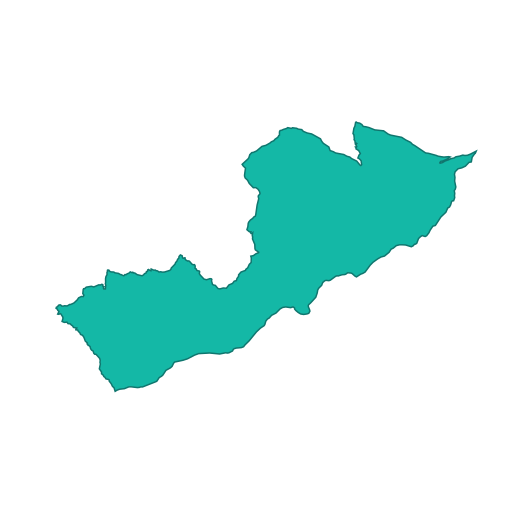 Betulia, Santander, Colombia, rotated 111°
{"feature_id": "7082276B21434370337268", "entity_name": "Betulia", "entity_type": "district", "adm_level": 2, "iso_a3": "COL", "parent_name": "Colombia", "parent_adm1": "Santander", "projection": "mercator", "projection_center": [-73.375, 7.001], "detail": "fine", "context": "isolated", "style": "filled", "palette": "teal", "viewbox_px": 512, "rotation_deg": 111, "n_neighbors": 0, "source": "geoboundaries", "source_scale": "gbopen_adm2", "svg_char_len": 6096}
<svg xmlns="http://www.w3.org/2000/svg" viewBox="0 0 512 512"><g transform="rotate(111 256 256)"><path d="M432.8,339.0L430.9,337.5L429.2,335.5L427.0,331.3L423.8,327.9L422.9,325.8L421.3,319.4L420.4,317.7L419.5,316.7L418.9,315.0L409.2,304.4L408.4,303.7L404.2,302.8L402.1,301.1L400.6,300.3L395.0,299.1L391.1,295.8L389.1,294.8L385.6,294.5L384.2,294.0L379.5,286.8L376.5,283.1L370.7,278.0L367.7,274.6L363.2,264.6L360.5,254.8L357.2,249.6L356.9,248.0L356.1,246.6L353.1,243.9L351.2,243.7L350.3,243.1L349.0,241.4L346.8,236.9L345.2,235.1L342.9,234.4L337.9,232.1L326.7,228.4L321.7,226.0L318.2,223.5L316.9,223.2L313.3,223.5L310.7,222.7L309.1,221.4L305.8,220.2L302.1,216.9L296.7,214.5L294.5,212.7L292.9,210.0L291.8,205.1L290.4,203.4L290.3,202.7L290.7,201.4L291.7,200.9L292.6,199.3L293.6,196.4L294.1,193.5L293.5,190.6L291.8,187.6L290.6,186.2L288.2,185.9L287.0,186.7L284.7,188.9L283.4,189.5L282.6,189.4L280.2,188.2L273.1,185.4L268.6,185.6L265.5,186.2L263.6,185.9L259.9,184.2L256.9,184.2L254.4,182.9L253.6,181.8L252.9,179.1L251.9,177.9L246.6,174.5L245.4,173.3L245.3,172.3L242.7,169.0L241.5,166.5L240.8,165.7L238.8,164.4L237.9,161.2L237.9,160.0L239.3,156.4L239.5,154.7L235.5,151.8L234.0,150.1L231.9,148.4L223.6,146.1L219.9,144.5L215.0,141.3L212.1,138.9L210.0,136.0L204.9,133.1L201.2,132.3L199.5,130.7L196.0,128.7L194.1,126.0L193.0,123.1L192.1,120.3L191.7,114.3L190.1,112.9L188.3,112.3L187.7,111.3L186.6,110.5L181.4,110.5L178.9,109.3L177.4,108.2L177.2,105.1L176.0,104.0L172.4,102.9L169.6,102.7L164.8,101.6L163.2,99.5L153.4,97.4L147.1,94.4L142.5,94.2L140.9,92.9L138.6,92.6L135.1,92.9L134.0,92.3L133.6,91.3L130.3,91.4L128.6,92.3L126.3,92.9L124.0,94.3L122.1,93.9L119.9,94.2L114.9,97.4L111.4,98.4L108.6,100.0L106.0,100.3L102.1,98.6L100.0,95.5L97.1,92.7L92.3,90.7L91.0,88.7L86.4,89.6L82.1,88.5L81.7,88.1L79.2,88.0L83.9,92.2L86.2,94.7L87.3,97.0L87.7,99.1L89.8,101.7L91.7,104.9L93.6,106.3L95.4,109.1L97.0,110.5L99.5,113.5L101.8,115.2L103.4,117.3L103.2,117.8L102.6,117.8L101.3,117.3L100.4,115.7L96.9,112.2L94.0,110.3L94.2,111.7L96.3,116.0L96.9,118.5L97.6,122.1L97.5,123.7L98.3,131.7L99.0,134.6L96.0,147.5L95.7,149.9L94.5,152.4L94.0,157.7L93.0,162.5L94.9,173.7L94.8,176.4L93.4,181.7L95.7,190.3L95.6,196.6L96.0,199.9L96.6,202.3L95.3,204.3L95.1,205.4L94.8,206.8L95.3,209.3L95.0,210.5L95.5,210.9L99.4,210.2L101.6,210.4L107.0,209.3L107.7,208.1L111.2,206.3L112.3,206.1L112.9,205.0L115.3,203.7L115.3,203.3L114.7,202.9L114.9,202.2L116.2,202.9L116.3,202.3L117.1,202.0L117.6,201.2L117.9,201.2L118.6,202.2L119.1,201.2L120.1,201.1L120.8,197.9L123.0,195.3L124.8,196.0L128.0,196.0L128.3,194.2L129.4,192.0L132.9,190.1L134.0,190.6L133.8,191.6L131.3,196.0L130.8,201.6L130.0,203.9L130.3,207.0L129.8,210.4L131.3,218.7L130.9,221.1L131.0,224.6L128.1,227.1L126.7,233.5L125.4,235.7L123.5,237.8L122.1,247.8L122.8,252.2L122.7,256.4L121.6,258.6L122.4,262.0L122.2,263.8L123.2,267.9L124.2,268.7L124.8,272.4L126.1,273.3L128.0,275.8L129.3,277.0L130.3,278.5L131.7,278.6L134.8,277.4L135.5,277.9L137.4,278.2L140.2,280.1L142.0,280.7L143.9,282.6L145.6,283.5L149.1,286.4L151.5,289.7L157.7,293.1L160.2,295.6L161.0,297.0L163.6,298.1L166.9,297.9L168.3,298.3L175.4,301.8L176.7,299.9L177.7,297.3L184.2,295.8L185.4,295.4L187.0,294.1L188.3,291.0L190.7,288.3L193.2,283.0L192.2,280.5L192.9,278.1L194.3,276.1L196.0,274.7L197.0,274.7L198.8,275.4L199.8,275.2L201.5,274.0L208.1,273.2L217.2,271.1L219.1,270.9L220.3,272.0L222.1,272.6L224.4,274.1L226.8,274.9L228.2,275.0L231.6,274.1L234.7,273.9L235.7,271.0L235.3,269.4L236.2,269.5L236.8,268.5L236.6,267.8L235.7,267.4L238.3,266.8L239.5,265.9L241.3,265.4L245.6,261.3L249.5,259.6L250.5,258.8L251.5,254.8L252.0,254.8L254.0,256.9L256.6,258.6L258.0,260.8L259.5,259.7L263.8,258.2L266.3,259.3L270.0,259.5L272.0,260.7L273.2,260.7L276.4,264.3L279.8,265.5L281.2,265.0L283.8,265.7L286.0,265.5L287.3,267.3L290.0,268.1L292.7,270.9L296.7,272.1L297.6,275.1L299.7,278.0L300.0,279.9L298.0,283.4L298.3,285.3L298.1,286.4L295.2,288.6L293.6,288.9L293.3,289.5L293.6,290.8L295.9,293.7L296.2,296.2L293.9,301.0L292.8,302.6L290.8,303.0L290.4,303.4L290.7,306.0L289.5,307.2L289.3,308.5L287.1,309.2L286.1,310.3L286.6,311.2L286.6,312.8L284.7,316.3L284.8,317.4L285.2,318.0L284.8,320.3L284.4,321.0L283.2,321.5L283.4,322.3L284.1,322.9L284.1,323.8L282.2,325.1L282.1,327.0L284.0,327.7L285.7,327.3L287.1,328.0L289.1,328.0L290.9,328.7L292.7,328.7L297.6,330.8L299.2,330.7L300.4,331.4L303.9,335.9L304.6,337.6L304.9,339.4L305.7,340.8L305.2,342.6L305.5,344.1L305.2,344.9L305.9,346.4L305.7,349.2L307.4,348.8L307.5,349.8L307.1,351.5L307.8,352.1L308.8,351.8L309.3,351.9L309.8,352.7L311.1,352.5L312.5,353.8L313.9,354.2L315.3,355.3L316.0,360.2L315.3,363.1L315.7,364.1L315.3,365.2L316.0,365.7L315.9,367.7L317.6,368.5L318.8,369.9L320.0,370.6L320.3,371.7L321.7,372.2L321.9,372.8L321.7,375.4L321.9,376.1L321.5,378.1L322.3,381.8L321.9,383.0L322.7,385.3L322.8,386.9L321.9,388.3L322.2,389.4L322.6,389.6L323.5,389.0L324.5,389.3L326.8,388.4L329.0,388.7L331.2,388.3L334.6,386.9L335.9,386.7L337.1,385.8L340.7,384.8L341.3,386.5L340.3,387.1L339.1,386.9L339.0,388.4L337.8,388.6L337.6,389.7L338.8,390.9L339.3,392.5L343.0,396.3L343.3,398.9L345.9,403.3L347.8,404.2L348.3,405.2L349.2,405.3L353.2,404.2L354.2,402.6L355.8,402.7L356.3,404.4L358.6,406.6L361.1,407.2L365.2,409.2L367.6,411.6L368.1,412.7L370.0,414.1L370.6,415.2L371.0,416.8L372.0,418.2L372.3,419.5L371.7,420.9L371.9,421.6L372.7,422.7L374.4,423.1L375.4,424.0L376.5,423.9L376.8,422.5L377.8,421.5L378.3,420.1L381.3,420.3L381.1,419.2L380.0,418.2L380.1,417.3L382.3,414.4L383.7,413.8L386.6,413.6L386.7,411.2L385.5,408.8L386.5,407.3L385.9,405.0L386.5,404.0L387.0,402.1L388.1,400.8L387.5,397.5L389.0,397.9L389.5,397.7L389.0,395.9L389.8,395.2L391.1,392.6L392.1,391.7L392.2,389.5L393.7,387.4L396.6,384.9L397.6,382.3L398.6,382.2L398.9,381.3L399.6,380.7L399.5,380.0L400.0,378.4L401.1,377.8L402.2,376.7L402.8,375.7L403.1,374.0L405.0,372.5L405.5,371.4L405.1,370.1L407.6,365.3L409.1,364.1L411.3,363.5L412.6,362.6L417.5,361.8L419.6,358.7L421.3,358.0L422.0,355.9L423.1,354.8L423.3,353.7L424.5,352.0L424.1,349.4L424.3,348.7L425.5,348.1L427.1,345.4L429.2,343.2L429.8,341.4L432.8,339.0Z" fill="#14b8a6" stroke="#0f766e" stroke-width="1.5"/></g></svg>